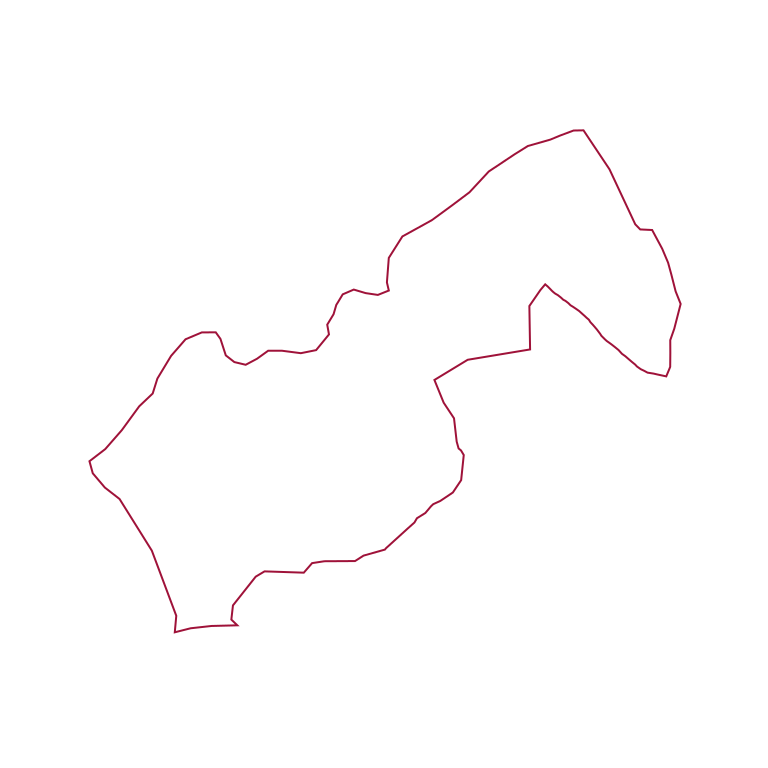 outline of Odo Otin, Osun, Nigeria, rotated 328°
{"feature_id": "59680162B86061563506110", "entity_name": "Odo Otin", "entity_type": "district", "adm_level": 2, "iso_a3": "NGA", "parent_name": "Nigeria", "parent_adm1": "Osun", "projection": "orthographic", "projection_center": [4.703, 8.017], "detail": "fine", "context": "isolated", "style": "outline", "palette": "rose", "viewbox_px": 768, "rotation_deg": 328, "n_neighbors": 0, "source": "geoboundaries", "source_scale": "gbopen_adm2", "svg_char_len": 1954}
<svg xmlns="http://www.w3.org/2000/svg" viewBox="0 0 768 768"><g transform="rotate(328 384 384)"><path d="M113.1,291.5L93.3,293.4L89.7,305.4L92.4,323.9L98.8,341.4L98.8,363.0L98.8,364.4L98.8,377.3L98.8,402.3L94.9,421.6L85.0,470.5L75.0,483.7L90.6,488.7L109.5,497.8L131.7,510.9L129.7,502.9L138.6,491.7L173.1,479.4L183.4,479.6L216.0,501.5L228.1,497.8L239.5,502.7L265.6,518.8L275.7,518.7L297.0,524.9L298.8,524.3L327.6,519.1L336.4,517.6L340.8,515.3L350.7,515.3L359.1,512.6L362.1,512.0L369.8,513.0L384.9,512.5L398.5,506.4L414.0,486.5L414.1,481.1L413.1,478.2L415.1,471.4L425.2,450.2L424.7,431.5L428.9,407.3L467.8,407.8L526.2,432.1L548.6,394.9L566.4,387.2L573.5,384.9L574.5,388.0L575.4,392.0L575.7,393.6L576.3,395.8L577.1,398.1L578.5,400.7L579.8,404.3L580.7,407.6L581.9,409.6L583.2,413.1L583.9,416.1L585.2,418.7L586.8,422.3L588.2,425.6L589.3,429.5L590.2,432.5L590.9,435.2L591.8,438.0L591.8,441.0L592.5,444.5L593.4,450.4L593.9,456.0L593.9,458.3L595.0,463.1L595.7,465.6L596.8,468.2L598.0,471.2L599.3,474.8L600.9,479.5L601.8,484.5L603.4,488.4L604.4,491.7L605.9,496.5L607.3,500.6L607.8,503.2L609.6,507.5L611.7,510.8L613.5,514.0L618.1,518.0L620.9,520.8L627.4,527.1L633.9,522.5L635.8,521.1L643.2,509.5L650.0,498.5L659.5,490.9L678.0,473.3L680.4,460.0L685.7,443.4L689.2,431.7L691.6,416.7L693.0,395.5L683.2,388.7L681.7,381.7L689.0,321.4L687.6,274.6L679.1,269.5L664.8,266.6L654.6,264.9L632.1,258.4L616.6,258.4L605.9,258.7L585.5,259.3L558.1,266.7L536.2,268.6L511.5,270.4L511.4,270.4L501.5,269.9L477.8,268.6L454.9,279.6L440.3,299.4L437.6,307.3L426.0,305.2L416.6,297.2L408.4,287.9L396.5,286.1L388.0,290.4L385.5,291.6L378.2,298.1L367.3,303.6L363.6,312.8L344.4,319.3L329.8,313.8L315.2,301.8L303.4,294.4L289.7,295.3L276.9,294.4L276.2,293.7L268.7,286.1L266.5,280.0L265.0,275.9L269.2,259.1L268.7,251.0L256.8,243.7L239.4,240.9L230.3,243.7L218.4,247.3L194.7,259.3L182.8,269.5L174.9,271.1L164.6,273.2L137.2,284.2L113.1,291.5Z" fill="none" stroke="#9f1239" stroke-width="2"/></g></svg>